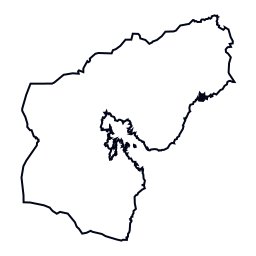 outline of Morowali Utara, Sulawesi Tengah, Indonesia
{"feature_id": "22746128B96188894812390", "entity_name": "Morowali Utara", "entity_type": "district", "adm_level": 2, "iso_a3": "IDN", "parent_name": "Indonesia", "parent_adm1": "Sulawesi Tengah", "projection": "natural_earth1", "projection_center": [121.396, -1.847], "detail": "fine", "context": "isolated", "style": "outline", "palette": "ink", "viewbox_px": 256, "rotation_deg": 0, "n_neighbors": 0, "source": "geoboundaries", "source_scale": "gbopen_adm2", "svg_char_len": 5936}
<svg xmlns="http://www.w3.org/2000/svg" viewBox="0 0 256 256"><path d="M224.9,27.3L225.1,28.0L223.4,29.8L218.8,27.2L219.1,25.6L217.0,24.6L217.1,23.1L217.5,22.9L216.6,21.3L217.5,19.1L217.2,17.7L218.0,17.1L217.2,16.8L217.2,15.7L215.5,15.9L214.7,15.4L211.8,16.3L211.4,17.9L210.3,18.7L208.8,17.8L207.8,19.0L206.0,19.0L204.7,20.1L203.3,19.4L201.6,19.6L201.0,20.4L200.9,21.9L197.5,22.0L195.9,21.0L194.5,21.4L193.8,20.1L193.0,20.0L189.1,23.9L180.3,25.5L175.9,30.6L173.7,31.4L165.4,31.7L161.9,36.1L156.9,40.0L152.6,41.6L152.2,42.4L149.3,43.8L145.5,40.0L140.3,38.4L139.7,35.5L138.2,33.9L132.8,33.7L131.3,39.7L125.5,39.7L120.4,45.8L115.8,49.2L113.0,50.1L111.6,53.4L98.3,53.0L95.3,53.8L89.8,58.6L90.1,60.2L89.4,61.6L88.2,62.2L87.3,61.2L83.4,68.3L83.3,72.1L78.9,70.4L78.1,71.5L78.7,73.7L72.6,73.3L63.6,74.8L54.3,82.5L52.1,83.6L30.5,83.7L26.2,94.9L22.2,108.8L22.2,110.8L25.4,117.1L27.4,123.8L27.3,127.0L30.0,130.2L31.6,130.2L33.8,136.4L34.9,136.7L35.7,138.1L36.3,137.5L37.2,138.3L37.8,139.7L38.5,139.7L38.7,141.2L37.1,142.6L36.8,145.4L26.3,160.6L23.4,166.2L21.5,177.5L23.5,195.2L23.6,202.3L30.2,202.5L44.0,205.3L49.7,207.6L52.5,210.9L56.8,213.7L60.0,211.9L67.8,213.6L74.9,222.2L76.7,226.7L79.0,228.8L82.2,233.6L86.5,232.8L90.7,230.8L92.4,231.8L101.9,234.0L105.7,236.2L116.8,239.5L121.6,240.6L122.7,239.8L126.9,239.9L127.1,238.0L126.4,237.8L126.5,237.3L127.9,236.8L128.1,233.6L129.1,232.6L129.7,230.4L130.2,223.1L131.4,221.5L131.5,220.5L130.5,220.2L130.1,219.1L130.7,219.0L131.4,216.8L132.4,216.7L132.4,215.0L133.5,213.3L133.5,211.0L135.9,208.9L134.8,203.3L134.6,196.8L135.9,195.2L137.4,194.7L138.2,192.9L142.3,189.5L144.8,188.3L143.7,184.8L141.6,185.4L143.4,184.6L143.8,184.7L144.0,185.4L144.9,180.5L143.6,178.7L143.3,174.4L142.7,173.5L143.1,168.3L142.6,172.5L142.3,167.7L140.8,168.9L140.9,169.4L140.0,169.2L139.7,170.5L139.1,170.2L139.5,169.5L138.3,169.2L138.4,168.2L136.7,167.9L135.8,166.4L135.7,164.8L136.3,164.3L137.4,164.7L137.0,164.0L135.9,163.4L135.7,162.7L134.9,163.8L134.9,161.9L132.6,161.6L131.1,158.5L129.0,158.6L128.5,156.8L127.0,155.4L127.4,153.6L126.3,154.1L125.2,151.6L124.5,151.6L123.5,150.0L124.5,147.9L123.3,146.5L122.2,146.8L122.8,145.9L122.2,145.6L123.1,144.9L122.7,143.3L122.0,143.0L122.3,141.1L121.5,139.9L121.4,140.4L121.1,140.0L120.1,140.6L119.9,141.7L118.6,139.4L116.8,141.7L116.0,141.8L116.4,144.7L115.9,144.5L115.7,145.1L116.3,147.7L115.9,151.2L116.4,151.8L116.3,152.6L115.8,152.5L116.6,154.0L115.8,155.1L114.9,154.3L114.8,155.1L113.4,155.2L112.8,156.7L111.8,157.2L111.9,158.8L111.3,158.9L111.0,160.3L110.8,159.4L110.0,159.7L109.4,156.9L110.0,155.1L109.4,154.1L110.8,151.6L111.4,148.7L109.4,148.8L108.4,147.9L107.6,145.3L107.1,145.8L107.6,146.4L106.5,145.3L105.7,146.0L104.7,144.5L105.2,143.3L107.4,142.4L107.9,141.0L107.4,140.4L108.2,138.4L108.5,139.0L109.8,139.0L111.2,138.1L109.8,137.8L109.5,136.5L109.2,137.3L108.1,136.7L107.9,134.7L108.8,133.7L110.1,134.1L109.5,133.5L111.2,132.8L112.0,132.8L112.7,133.8L113.3,133.5L112.1,132.0L110.4,131.7L110.2,130.8L111.5,130.3L110.3,127.0L109.8,129.4L108.9,129.3L107.3,131.4L106.8,131.1L107.0,129.6L103.4,129.9L103.0,129.1L102.4,130.1L101.6,130.1L101.4,127.7L100.7,127.0L102.2,122.8L101.8,120.2L102.5,120.2L102.5,118.2L103.0,117.3L104.2,118.0L106.2,115.4L106.0,113.7L105.3,113.8L104.5,112.7L106.0,112.6L106.5,111.5L107.0,113.3L108.7,114.2L108.9,113.2L109.7,113.2L110.8,114.3L111.2,116.0L114.2,117.0L115.3,119.6L115.1,120.3L117.6,121.0L118.7,119.8L119.9,119.7L122.1,120.6L123.1,123.1L123.8,122.0L123.7,121.2L125.2,121.2L127.2,119.6L127.8,119.5L127.7,120.4L128.4,120.7L129.5,120.8L130.6,122.8L129.4,123.9L130.7,124.1L131.6,125.9L131.4,126.7L130.6,126.7L129.3,128.4L128.5,128.5L129.4,129.1L128.5,129.6L128.0,131.0L128.3,132.1L130.3,131.6L131.9,130.1L131.0,133.4L129.8,134.0L131.2,134.3L134.3,132.7L134.8,133.6L135.2,133.3L134.8,135.2L136.2,136.6L137.0,136.4L136.9,138.1L138.2,138.2L139.0,139.8L141.7,140.9L142.3,142.0L143.3,141.7L144.0,142.2L144.1,143.7L146.0,147.4L147.2,147.4L147.6,148.1L146.8,147.8L146.6,148.7L148.1,150.1L149.9,150.4L151.0,149.5L154.7,149.1L157.1,149.4L158.9,150.7L159.8,150.2L161.2,150.5L161.9,149.9L163.8,149.9L167.7,148.0L170.0,144.2L171.8,142.9L174.1,143.3L173.8,142.7L174.9,139.7L176.9,139.0L177.1,137.5L179.2,136.1L179.3,134.9L182.9,128.8L183.5,126.2L183.2,125.8L182.6,126.3L185.4,120.0L185.4,118.9L184.9,118.9L184.8,120.0L184.4,118.4L185.5,118.5L186.2,117.0L186.0,118.5L188.5,112.9L190.2,111.3L189.7,110.8L189.4,107.4L190.3,104.8L193.1,104.0L193.6,102.0L195.3,101.5L195.8,99.9L196.4,100.0L197.8,97.3L199.1,100.6L203.1,100.9L204.0,99.9L202.8,98.0L202.4,98.8L200.1,100.0L200.1,99.1L199.5,99.1L200.2,98.6L199.9,96.9L201.1,97.5L201.2,96.9L200.7,94.8L199.8,95.6L199.4,94.5L199.8,92.9L200.8,94.2L201.8,94.3L201.6,95.1L202.2,95.0L202.4,96.3L202.7,95.6L203.3,96.4L203.8,96.2L203.7,94.4L204.3,93.8L204.5,96.3L205.5,96.4L204.3,97.2L205.5,98.5L207.0,99.0L207.2,96.6L208.8,96.4L210.6,94.8L210.9,96.1L211.5,96.0L211.3,96.7L212.3,96.3L211.9,95.6L213.8,93.5L216.4,94.5L220.4,90.0L222.6,89.2L224.6,85.8L226.9,84.4L227.4,82.0L228.6,81.2L230.0,80.8L232.5,81.9L234.5,82.0L229.0,73.6L228.6,72.2L229.1,63.1L230.8,57.3L228.1,53.6L226.0,52.1L225.7,49.4L227.6,47.2L231.0,46.9L229.7,43.9L232.7,43.4L232.8,41.1L230.7,37.2L228.5,29.5L224.9,27.3ZM127.5,144.0L126.6,142.2L126.6,143.8L125.4,145.1L126.1,146.2L125.5,147.3L126.2,148.3L126.9,147.6L126.7,145.8L127.5,144.0ZM114.8,141.0L116.2,138.6L113.8,139.6L114.4,140.2L113.6,141.8L113.8,143.0L114.6,142.5L114.8,141.0ZM134.0,144.9L134.0,146.6L134.8,147.2L135.7,146.9L135.3,145.4L134.0,144.9ZM113.5,145.4L113.7,144.2L113.3,144.7L113.1,146.2L113.8,146.1L113.5,145.4ZM128.7,144.5L128.4,145.2L128.9,146.0L129.2,145.3L128.7,144.5ZM113.0,147.8L113.0,146.6L112.4,147.4L113.0,147.8ZM126.0,150.2L125.4,149.9L125.1,150.7L126.0,150.2ZM114.0,148.3L114.4,147.5L114.2,147.1L113.8,147.7L114.0,148.3ZM113.8,148.1L113.4,147.1L113.0,148.3L113.8,148.1ZM110.0,126.6L110.3,126.6L110.0,126.2L110.0,126.6Z" fill="none" stroke="#020617" stroke-width="2"/></svg>